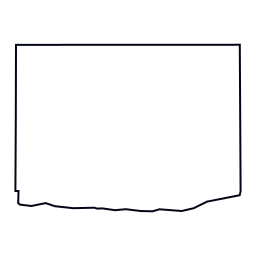 Buffalo, Nebraska, United States of America
{"feature_id": "52423323B63113999244824", "entity_name": "Buffalo", "entity_type": "district", "adm_level": 2, "iso_a3": "USA", "parent_name": "United States of America", "parent_adm1": "Nebraska", "projection": "orthographic", "projection_center": [-99.096, 40.85], "detail": "fine", "context": "isolated", "style": "outline", "palette": "ink", "viewbox_px": 256, "rotation_deg": 0, "n_neighbors": 0, "source": "geoboundaries", "source_scale": "gbopen_adm2", "svg_char_len": 444}
<svg xmlns="http://www.w3.org/2000/svg" viewBox="0 0 256 256"><path d="M231.4,44.8L85.5,44.8L16.0,44.9L15.8,118.2L15.4,191.0L18.5,191.0L18.2,203.2L20.0,204.6L31.4,206.0L45.6,203.1L54.9,206.2L73.4,208.2L94.3,207.7L97.1,208.6L102.4,208.4L115.0,210.2L125.7,209.2L140.6,211.0L152.5,211.3L159.5,209.3L181.7,211.0L193.7,208.2L207.1,201.6L239.7,195.2L240.6,191.3L240.1,99.5L239.8,44.7L231.4,44.8Z" fill="none" stroke="#020617" stroke-width="2"/></svg>